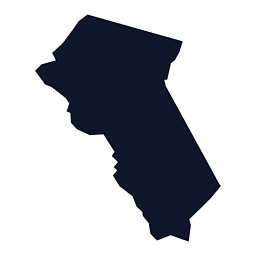 outline of Fauquier, Virginia, United States of America
{"feature_id": "52423323B4904973156083", "entity_name": "Fauquier", "entity_type": "district", "adm_level": 2, "iso_a3": "USA", "parent_name": "United States of America", "parent_adm1": "Virginia", "projection": "robinson", "projection_center": [-77.825, 38.712], "detail": "fine", "context": "isolated", "style": "filled", "palette": "ink", "viewbox_px": 256, "rotation_deg": 0, "n_neighbors": 0, "source": "geoboundaries", "source_scale": "gbopen_adm2", "svg_char_len": 743}
<svg xmlns="http://www.w3.org/2000/svg" viewBox="0 0 256 256"><path d="M95.9,134.0L103.9,133.5L115.5,151.9L112.7,155.9L119.0,162.0L114.7,167.1L118.3,170.3L113.8,175.4L120.0,185.6L133.3,195.9L137.3,206.3L143.1,211.5L143.4,215.5L149.4,222.7L151.2,233.5L157.2,239.6L170.6,234.4L188.1,240.6L190.1,225.1L188.5,219.5L188.9,218.5L202.3,205.6L210.8,197.0L219.9,186.0L218.6,184.3L205.1,159.5L191.1,133.9L177.4,108.8L174.3,103.2L165.0,86.3L163.3,79.0L166.6,79.0L170.3,62.7L174.4,59.5L178.7,51.6L181.8,41.9L87.7,15.4L79.1,21.8L74.8,28.2L63.4,43.6L53.1,53.1L57.1,60.8L41.7,65.1L36.1,70.9L45.6,83.8L52.0,86.4L66.4,97.6L70.1,103.4L67.5,111.0L71.1,112.3L71.7,122.4L77.4,128.6L90.0,134.4L95.9,134.0Z" fill="#0f172a" stroke="#020617" stroke-width="1.5"/></svg>